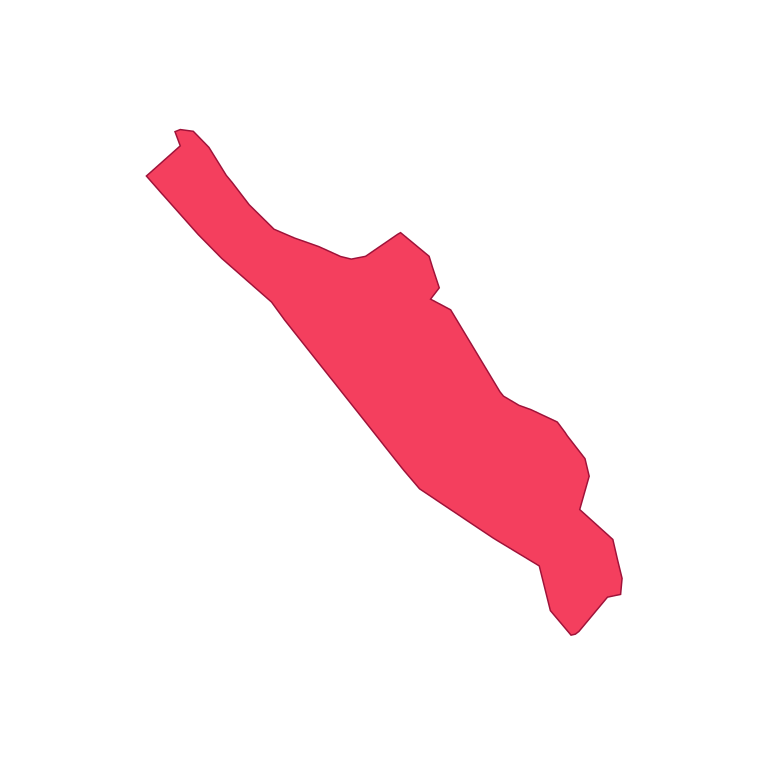 New York, New York, United States of America, rotated 293°
{"feature_id": "52423323B68557587713523", "entity_name": "New York", "entity_type": "district", "adm_level": 2, "iso_a3": "USA", "parent_name": "United States of America", "parent_adm1": "New York", "projection": "mercator", "projection_center": [-73.969, 40.781], "detail": "fine", "context": "isolated", "style": "filled", "palette": "rose", "viewbox_px": 768, "rotation_deg": 293, "n_neighbors": 0, "source": "geoboundaries", "source_scale": "gbopen_adm2", "svg_char_len": 972}
<svg xmlns="http://www.w3.org/2000/svg" viewBox="0 0 768 768"><g transform="rotate(293 384 384)"><path d="M529.8,340.1L527.2,338.1L494.3,317.1L486.2,305.1L484.4,294.2L485.0,270.5L483.4,244.7L483.5,222.3L496.3,189.9L510.1,165.6L514.4,157.3L533.4,130.4L542.1,109.7L538.6,97.0L534.6,93.0L523.6,103.4L482.6,84.0L472.0,106.0L471.9,106.3L449.0,154.6L436.2,185.6L415.5,248.4L404.7,266.5L404.4,266.9L400.0,275.0L397.3,279.9L368.9,332.0L367.0,335.6L359.4,349.5L346.4,373.4L329.3,404.7L327.3,408.3L313.8,433.1L311.8,436.9L310.3,439.9L301.4,457.7L294.3,494.9L287.9,528.6L285.0,544.0L284.9,544.5L284.0,550.4L277.2,598.0L240.4,625.7L225.9,654.3L228.5,657.9L232.4,660.1L275.1,673.0L282.8,684.0L298.1,679.1L313.5,667.6L330.3,655.4L344.9,613.2L379.3,608.9L393.8,598.2L408.0,572.8L410.1,569.7L416.7,558.4L417.8,529.5L417.1,516.6L419.5,498.7L422.2,493.7L478.3,416.4L480.3,393.7L494.1,397.3L510.5,382.9L519.2,375.6L529.8,340.1Z" fill="#f43f5e" stroke="#9f1239" stroke-width="1.5"/></g></svg>